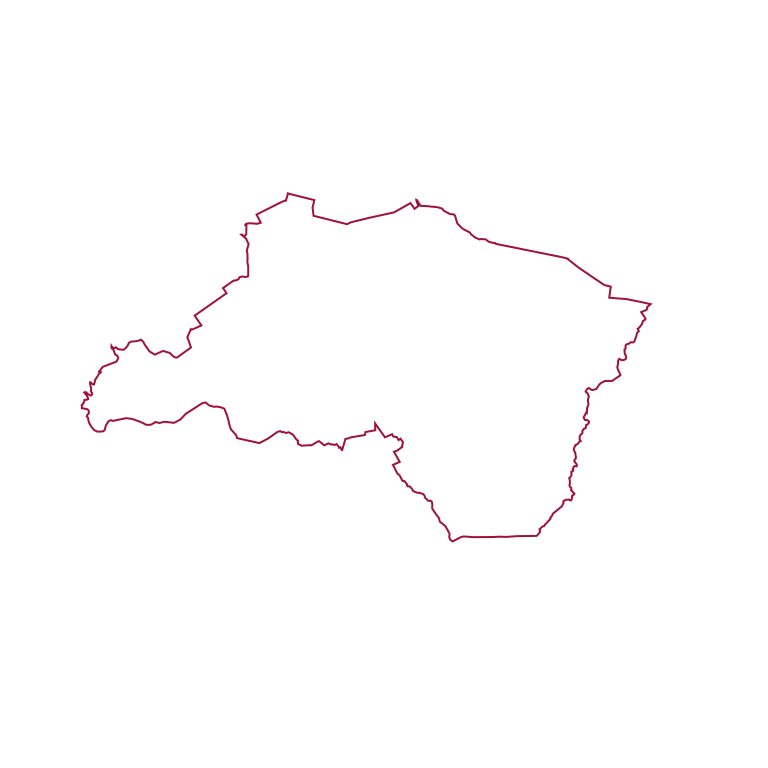 Meoqui, Chihuahua, Mexico, rotated 145°
{"feature_id": "50627088B21598242186115", "entity_name": "Meoqui", "entity_type": "district", "adm_level": 2, "iso_a3": "MEX", "parent_name": "Mexico", "parent_adm1": "Chihuahua", "projection": "mercator", "projection_center": [-105.475, 28.358], "detail": "fine", "context": "isolated", "style": "outline", "palette": "rose", "viewbox_px": 768, "rotation_deg": 145, "n_neighbors": 0, "source": "geoboundaries", "source_scale": "gbopen_adm2", "svg_char_len": 6166}
<svg xmlns="http://www.w3.org/2000/svg" viewBox="0 0 768 768"><g transform="rotate(145 384 384)"><path d="M353.4,595.3L354.8,593.9L359.3,590.4L360.0,591.0L360.5,591.2L365.1,592.1L391.2,595.9L392.4,586.8L395.9,587.9L401.5,592.5L404.3,594.1L405.5,594.3L406.4,593.8L405.6,593.0L411.1,585.5L411.6,585.6L413.8,584.9L414.7,588.0L415.2,588.2L413.5,581.9L413.8,581.6L414.6,576.3L419.7,572.1L421.2,569.0L423.4,565.6L426.1,562.1L427.6,558.5L432.6,551.3L433.7,550.2L436.0,551.0L438.6,553.5L441.1,554.3L441.9,554.1L442.7,553.4L443.5,553.3L444.1,553.4L444.8,553.8L445.9,553.8L447.1,554.4L447.7,555.0L460.9,554.9L460.9,548.7L499.9,548.6L500.0,536.7L509.6,538.6L510.7,539.1L510.7,539.7L511.1,539.7L511.2,539.4L518.3,535.1L519.3,531.0L521.2,524.6L538.3,524.4L539.1,524.9L540.1,526.0L540.5,527.0L541.2,529.2L541.6,532.2L545.8,537.6L547.2,538.1L554.5,539.4L555.0,539.7L557.4,545.2L557.4,553.2L557.3,555.1L556.9,556.4L557.7,559.8L559.0,559.9L563.0,561.5L566.9,563.8L567.5,563.9L569.5,564.0L571.2,562.8L572.5,562.3L574.9,561.6L577.7,561.4L581.4,564.6L581.8,565.1L582.3,567.2L582.7,567.9L583.5,567.9L584.6,568.3L585.0,568.8L585.5,569.8L585.4,571.4L586.3,570.3L586.6,569.3L586.0,567.9L586.3,565.6L587.2,563.3L587.1,561.8L586.3,560.6L586.5,558.4L586.7,557.8L587.1,557.4L590.3,555.8L604.7,559.4L608.0,558.2L610.4,557.6L610.4,557.1L609.1,556.5L609.0,556.2L610.0,555.8L611.5,556.0L614.0,554.7L618.0,553.2L621.7,550.0L622.0,550.0L622.8,550.9L623.4,553.4L623.6,553.9L623.9,554.0L625.1,551.8L626.5,548.1L628.3,546.1L628.4,543.7L629.6,542.7L630.7,542.7L631.1,543.0L632.7,546.5L632.5,547.8L634.1,549.1L634.5,549.0L634.1,547.7L634.3,546.8L634.0,545.2L634.4,543.7L634.3,543.2L634.9,541.3L636.7,541.7L636.9,542.0L638.8,542.7L639.5,541.7L640.6,540.9L641.6,540.8L642.6,540.1L643.6,540.2L645.3,537.5L642.1,534.2L641.4,533.2L641.2,532.4L641.6,530.6L642.6,529.3L644.5,529.0L646.0,528.1L646.1,527.5L645.8,526.1L647.2,523.3L647.8,521.5L648.2,517.3L647.9,512.6L646.2,509.5L643.5,507.6L641.1,506.3L639.2,506.5L635.6,509.6L631.1,511.5L628.5,511.1L627.3,509.3L614.8,503.9L610.7,500.2L608.9,498.0L607.4,495.6L606.5,494.6L603.5,489.7L603.0,488.4L601.8,486.6L598.2,484.3L593.0,483.9L590.3,480.9L585.2,478.8L578.3,472.6L571.3,471.7L563.5,473.3L543.6,472.5L540.6,471.1L539.6,466.8L536.3,462.8L534.0,461.5L531.2,458.7L528.9,455.4L530.7,448.0L532.3,443.4L534.4,438.2L535.4,434.6L534.4,426.9L535.4,423.9L520.0,407.1L510.2,405.8L498.6,405.9L495.9,404.8L495.3,403.0L493.7,402.3L493.2,401.3L492.1,399.9L490.0,399.3L489.3,398.4L488.8,397.0L488.0,395.6L487.5,394.0L487.7,389.8L487.0,386.5L488.0,385.9L488.2,385.2L488.8,384.4L486.9,380.7L479.8,376.4L478.7,375.4L470.6,374.8L469.9,374.2L468.1,368.0L463.6,367.3L462.5,365.2L461.1,364.3L460.4,363.6L459.9,362.8L459.4,362.4L457.3,362.0L457.1,358.2L457.3,357.6L456.1,357.4L456.4,354.2L456.2,353.9L448.7,359.8L447.1,361.2L444.8,360.0L441.5,359.2L429.0,353.2L426.7,355.3L417.7,351.1L413.9,356.8L413.8,339.8L406.2,338.2L406.5,335.5L404.0,333.3L404.2,329.7L401.8,329.7L401.9,325.2L405.0,322.8L405.0,322.0L411.6,321.9L414.7,322.8L415.8,311.2L423.0,312.6L424.4,303.0L423.6,300.5L424.4,294.0L422.9,292.7L422.7,288.7L423.3,287.8L423.2,286.5L421.6,285.3L421.2,282.0L421.6,279.8L419.6,276.4L418.6,275.3L417.7,275.0L414.9,271.1L414.9,268.9L415.6,267.4L414.9,263.9L414.6,262.8L412.7,261.4L412.4,260.7L412.4,260.0L413.5,257.6L415.6,254.9L416.0,253.7L416.1,245.9L415.8,243.8L416.1,242.2L417.2,239.2L415.2,232.3L416.1,224.1L416.2,223.6L418.3,221.3L418.8,219.8L419.0,218.4L418.1,215.7L411.3,214.8L409.7,214.7L406.3,213.5L398.1,206.9L382.4,196.1L376.7,192.5L371.5,188.6L361.9,182.8L346.2,172.1L344.1,172.4L341.2,173.2L341.2,173.5L340.0,174.8L339.9,175.9L335.5,176.3L334.6,175.8L332.5,176.5L325.7,177.9L324.8,178.2L324.4,179.0L321.7,179.8L320.2,180.9L308.3,181.8L305.0,183.7L304.5,185.0L301.7,185.0L298.5,183.0L298.3,181.9L297.6,181.3L294.9,183.0L294.7,184.0L294.0,184.6L292.4,184.4L291.0,184.8L290.9,185.6L291.4,186.6L291.2,188.2L291.7,189.0L291.8,189.7L291.1,190.1L290.2,191.6L290.6,192.9L290.4,194.3L289.9,195.0L289.0,195.5L286.9,198.8L286.3,200.7L285.2,200.7L283.1,201.5L282.0,202.8L281.1,204.5L280.4,204.7L280.1,204.4L278.7,204.5L278.3,204.9L278.2,206.1L276.8,206.7L276.1,207.5L274.5,207.2L273.8,206.3L273.3,206.1L272.2,207.6L272.4,210.2L272.2,212.0L271.6,212.5L270.0,212.8L268.8,213.9L266.7,218.2L266.5,220.8L265.6,222.2L261.9,224.3L261.0,223.8L259.1,223.9L256.4,224.9L255.6,224.5L255.5,226.5L253.2,229.3L249.6,230.0L248.4,231.8L245.6,232.7L244.7,232.3L243.8,232.4L242.2,234.4L240.9,234.2L239.2,234.4L237.8,235.1L237.7,236.6L238.2,237.8L239.9,239.2L239.9,241.5L239.5,242.3L237.2,243.3L234.9,244.6L234.5,243.8L231.0,248.3L229.2,249.1L227.8,250.6L226.5,253.6L224.5,255.5L223.4,256.1L222.7,259.4L223.2,262.1L220.5,263.4L218.7,263.3L217.0,259.6L213.0,258.1L208.9,259.7L206.1,260.4L201.2,259.7L195.4,255.7L186.9,255.6L186.4,255.5L185.2,255.6L184.9,256.7L184.1,261.6L183.2,264.1L181.8,265.2L180.5,266.5L179.7,267.4L179.6,268.0L179.2,268.4L177.8,269.4L176.9,269.6L175.6,267.2L174.5,266.4L173.2,266.0L171.9,265.8L171.2,266.0L170.3,266.8L170.0,268.1L169.5,268.7L169.4,269.3L169.6,270.2L168.8,271.8L168.2,272.8L167.6,273.4L167.4,274.2L165.7,274.5L164.2,276.8L163.6,277.2L162.1,277.3L160.3,276.5L158.2,276.8L156.2,275.2L154.0,275.4L153.1,276.4L150.3,278.1L148.1,280.1L147.0,280.8L144.9,281.1L144.6,283.7L142.6,283.8L138.6,285.0L137.1,285.9L136.2,286.8L135.6,287.1L133.3,286.9L132.4,287.2L132.2,288.6L132.1,295.4L126.9,294.2L125.7,294.4L124.8,295.2L124.4,296.1L119.8,296.5L126.0,303.3L136.5,314.3L150.0,325.5L142.4,333.7L146.8,338.7L157.8,367.6L161.8,380.9L161.5,381.2L165.4,385.7L212.0,434.6L212.0,435.5L213.7,437.0L216.7,440.6L217.6,443.6L218.0,444.4L221.9,447.4L222.8,447.6L225.2,451.5L226.8,456.5L226.8,458.9L229.9,464.8L230.7,466.7L231.8,473.3L231.7,474.0L229.3,481.0L229.3,482.3L229.7,483.1L230.1,483.2L232.5,485.5L235.2,490.7L235.6,491.6L235.7,494.1L235.9,494.5L238.3,497.6L241.4,500.5L243.3,501.9L245.4,503.9L251.7,508.9L251.9,510.1L251.5,514.5L251.6,515.9L251.9,516.3L252.5,515.0L253.7,510.4L253.4,510.1L258.5,510.0L258.5,517.0L277.2,518.8L301.8,529.0L318.2,535.4L322.6,536.1L345.2,562.2L341.3,569.5L335.6,574.6L352.0,593.5L353.4,595.3Z" fill="none" stroke="#9f1239" stroke-width="2"/></g></svg>